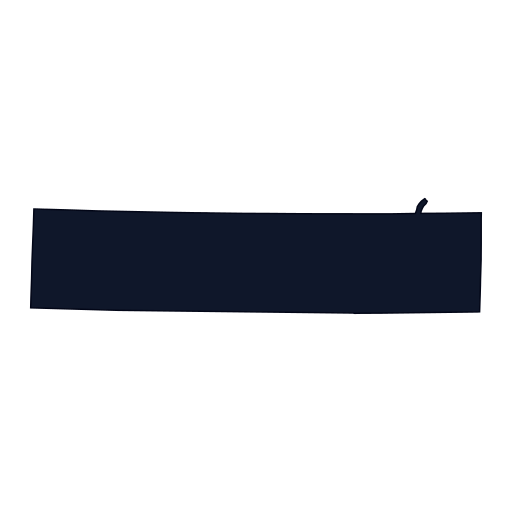 Halfa, Northern, Sudan (orthographic projection)
{"feature_id": "16777658B39778167930026", "entity_name": "Halfa", "entity_type": "district", "adm_level": 2, "iso_a3": "SDN", "parent_name": "Sudan", "parent_adm1": "Northern", "projection": "orthographic", "projection_center": [30.005, 21.349], "detail": "fine", "context": "isolated", "style": "filled", "palette": "ink", "viewbox_px": 512, "rotation_deg": 0, "n_neighbors": 0, "source": "geoboundaries", "source_scale": "gbopen_adm2", "svg_char_len": 1092}
<svg xmlns="http://www.w3.org/2000/svg" viewBox="0 0 512 512"><path d="M481.3,212.8L442.0,213.3L439.1,213.3L438.9,213.3L420.8,213.4L421.1,211.2L421.7,209.8L422.3,208.4L422.4,208.2L423.6,206.0L423.7,205.9L426.0,203.6L427.2,201.2L425.9,200.3L425.4,199.1L424.7,198.7L421.6,201.0L421.2,201.4L421.0,201.6L419.1,203.8L418.9,204.1L418.8,204.3L417.3,206.7L416.7,209.8L415.4,213.4L414.6,213.5L389.9,213.9L389.7,213.9L365.0,213.9L340.5,213.8L316.5,213.8L316.2,213.8L291.9,213.7L267.7,213.5L243.4,213.4L219.2,213.1L210.5,213.0L206.9,212.9L195.0,212.8L170.3,212.4L145.7,211.9L121.1,211.4L96.7,210.9L72.6,210.1L48.5,209.4L43.2,209.3L37.7,209.1L33.9,209.0L33.4,225.3L32.7,243.0L32.0,261.0L31.6,278.7L31.0,296.3L30.7,307.8L118.1,310.3L353.0,313.0L354.5,313.3L355.1,313.3L355.3,313.3L361.1,313.2L381.2,313.1L477.4,311.9L479.6,311.8L480.1,295.8L480.4,285.9L480.5,279.9L481.1,259.8L481.1,257.9L481.1,257.3L481.1,256.4L481.1,255.8L481.2,243.6L481.2,232.6L481.2,231.9L481.2,222.4L481.2,218.9L481.2,218.7L481.2,218.1L481.3,214.0L481.3,212.9L481.3,212.8Z" fill="#0f172a" stroke="#020617" stroke-width="1.5"/></svg>